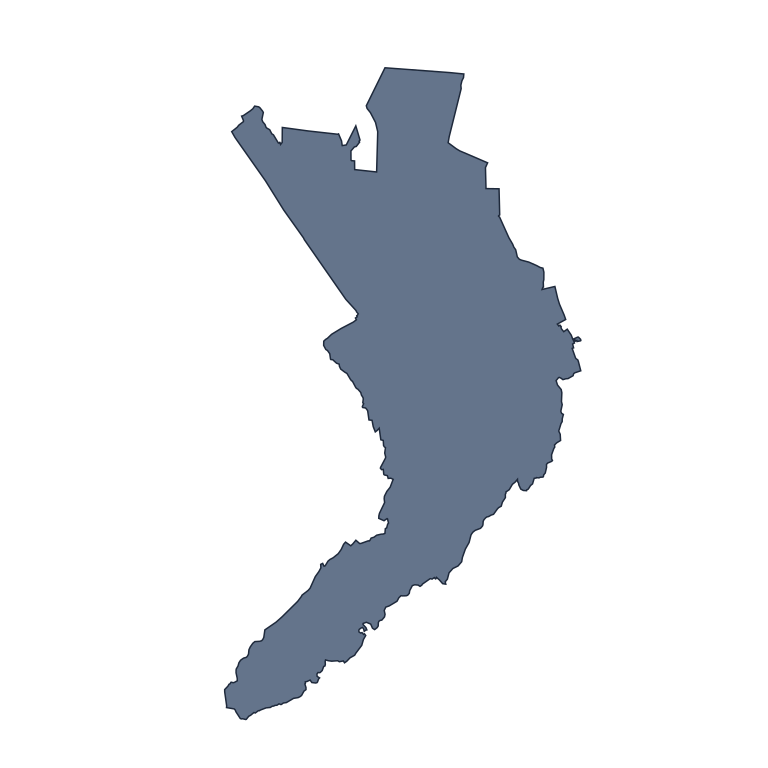 outline of Cotesti, Vrancea, Romania, rotated 262°
{"feature_id": "2599482B92472174610530", "entity_name": "Cotesti", "entity_type": "district", "adm_level": 2, "iso_a3": "ROU", "parent_name": "Romania", "parent_adm1": "Vrancea", "projection": "natural_earth1", "projection_center": [27.048, 45.655], "detail": "fine", "context": "isolated", "style": "filled", "palette": "slate", "viewbox_px": 768, "rotation_deg": 262, "n_neighbors": 0, "source": "geoboundaries", "source_scale": "gbopen_adm2", "svg_char_len": 6118}
<svg xmlns="http://www.w3.org/2000/svg" viewBox="0 0 768 768"><g transform="rotate(262 384 384)"><path d="M683.2,492.6L697.0,429.0L662.0,405.2L659.2,405.6L654.6,408.3L644.2,412.0L634.7,412.9L595.0,406.2L600.4,384.8L609.0,385.9L609.7,382.9L610.4,382.5L619.4,383.7L622.9,387.7L623.1,389.6L626.9,393.5L627.9,393.1L628.9,394.2L643.5,392.0L626.4,380.2L626.0,379.9L625.9,375.8L630.6,375.8L638.0,373.8L637.8,372.8L645.2,343.9L652.2,319.0L637.4,316.8L635.6,314.9L637.7,314.6L637.8,314.3L637.2,313.7L637.4,312.9L646.1,309.2L647.4,307.7L651.7,306.2L653.9,303.4L654.7,302.9L657.5,302.3L660.6,300.4L663.0,299.9L669.7,302.3L671.2,301.7L674.8,299.6L675.9,298.5L677.2,294.6L674.8,292.4L673.1,289.6L669.3,281.9L669.1,280.3L664.4,281.5L663.4,281.3L660.5,276.2L658.7,274.4L655.1,268.3L648.8,270.8L601.7,294.9L570.2,308.9L539.9,324.6L538.0,325.2L473.1,358.0L460.5,366.6L459.4,366.8L457.2,368.2L455.9,367.4L455.4,366.5L454.3,366.8L453.3,364.9L451.5,365.6L449.6,362.3L445.0,349.4L440.5,339.0L437.1,334.3L436.3,332.4L434.8,330.3L430.6,329.6L426.3,331.2L425.0,332.7L421.5,334.5L416.1,334.5L415.6,334.8L415.2,336.6L411.2,339.9L409.9,342.4L407.8,342.3L404.8,343.2L401.1,346.9L399.6,348.8L393.3,351.4L391.7,352.3L391.2,353.1L384.8,355.4L383.5,356.1L382.5,357.4L378.8,359.8L376.2,360.1L373.5,361.3L372.1,361.4L368.4,360.4L367.3,361.1L364.7,359.4L364.2,359.4L363.7,359.6L362.8,362.4L360.9,363.6L359.6,364.1L350.5,364.1L349.7,367.1L343.3,367.4L337.8,368.7L338.9,370.7L340.9,373.1L329.2,373.1L328.2,375.4L323.1,375.0L321.7,375.6L320.8,376.6L315.5,375.1L311.5,375.5L310.5,375.2L301.9,369.0L301.1,368.7L299.5,369.7L299.5,371.4L294.7,371.2L293.9,371.7L292.8,374.6L289.9,375.0L289.8,377.6L288.3,379.8L280.9,375.7L277.3,371.9L272.8,368.8L270.4,368.2L266.5,368.1L256.6,361.5L254.3,360.6L251.7,360.1L248.6,365.0L250.3,368.3L250.0,368.7L245.6,369.1L244.7,368.1L241.1,366.6L240.6,365.2L235.9,364.1L235.5,362.2L235.7,360.4L235.3,355.7L233.7,352.8L233.2,349.8L231.0,348.2L230.6,347.4L230.9,346.6L229.3,338.9L229.4,337.7L233.2,334.4L230.1,331.0L228.4,328.6L232.8,323.9L230.9,321.7L226.1,318.6L222.3,315.0L218.9,309.2L217.8,306.1L216.4,303.9L212.2,300.5L211.9,299.3L214.9,298.3L214.2,296.2L210.7,295.9L207.3,293.4L202.9,289.2L192.1,282.4L190.2,280.2L186.3,273.4L185.2,272.7L180.8,268.3L167.6,250.6L163.2,244.0L157.1,231.8L149.8,229.7L147.9,228.4L146.8,227.1L146.5,225.1L146.9,220.3L145.5,218.0L142.3,215.0L139.7,213.3L135.3,212.2L133.4,210.8L132.5,209.7L132.1,206.8L131.2,205.0L130.4,203.5L128.1,201.5L125.1,200.2L122.3,198.0L121.2,197.7L118.6,197.3L113.1,197.7L110.5,197.4L109.3,194.2L109.2,193.0L109.9,191.5L109.9,190.9L108.6,189.9L108.2,188.7L106.5,187.4L103.6,183.7L101.3,183.4L87.0,183.4L85.5,183.0L83.1,190.4L82.1,191.2L79.9,191.8L72.8,195.1L72.2,196.0L72.2,197.4L71.0,200.4L71.1,201.0L73.8,203.8L74.5,205.8L76.8,209.5L76.1,210.7L78.0,214.2L77.8,215.2L78.3,216.1L79.7,222.2L79.5,226.4L80.5,228.5L80.4,230.1L80.9,231.0L80.8,233.4L81.9,235.5L80.9,237.3L81.0,237.9L82.1,239.9L82.1,243.0L85.3,250.7L85.4,255.4L86.1,257.4L87.0,259.0L91.0,262.0L92.2,264.2L94.3,264.5L98.0,263.9L98.5,264.5L100.0,264.6L100.1,266.3L101.1,269.6L98.4,271.0L97.4,274.8L97.6,276.1L98.2,276.7L100.9,278.1L101.9,279.3L103.8,277.1L106.1,277.2L107.5,278.5L107.1,279.7L107.2,280.7L108.8,282.9L112.7,285.0L113.0,286.3L114.6,286.9L117.4,287.1L118.9,287.7L117.8,290.2L116.8,293.6L116.4,299.6L115.2,301.1L115.4,305.2L113.4,306.1L114.6,308.5L117.6,312.3L119.5,317.2L121.3,318.6L128.3,325.6L133.9,328.1L137.5,330.9L139.3,329.9L138.8,329.0L140.9,327.6L140.6,326.3L142.0,324.7L143.6,324.8L144.5,325.4L145.6,327.5L145.9,328.8L144.4,329.7L141.8,330.0L142.8,331.7L142.9,332.8L145.3,332.2L148.7,329.8L149.8,330.0L150.5,333.4L148.1,337.4L143.8,338.6L142.1,340.5L142.5,341.3L143.7,343.3L145.2,344.6L148.5,345.2L149.7,345.9L150.4,347.2L150.5,349.0L153.3,352.1L155.8,353.0L159.7,352.7L162.8,354.7L163.5,358.2L167.1,366.7L170.3,369.0L172.0,371.4L171.6,372.8L171.2,376.5L171.5,378.0L173.2,379.9L175.8,380.7L180.4,384.0L180.9,386.5L180.1,389.8L178.6,391.5L179.5,393.4L180.5,394.2L184.7,402.4L184.8,402.9L184.1,404.5L185.3,406.9L183.8,407.8L183.9,408.3L185.2,409.0L182.4,411.5L178.1,414.3L177.2,417.3L179.6,417.1L181.9,419.6L187.9,422.1L191.7,426.5L193.5,432.0L197.2,436.2L201.3,437.5L209.2,441.6L215.2,446.2L222.3,449.1L223.7,450.2L225.1,451.7L226.4,454.0L227.6,459.3L228.2,460.2L229.8,461.9L230.9,462.4L234.2,463.1L235.7,464.1L237.3,466.0L238.0,467.2L238.2,469.2L239.3,471.9L239.7,474.3L244.5,478.9L245.6,480.3L246.7,483.1L250.5,484.8L254.6,488.4L257.8,488.8L259.1,489.6L260.1,489.7L261.9,493.3L266.8,497.2L268.5,500.1L271.0,502.9L268.8,502.7L267.3,503.4L265.2,503.5L260.9,504.8L259.2,507.1L258.5,510.3L259.3,510.6L259.7,512.0L260.6,512.9L263.1,515.0L264.4,517.2L269.7,519.6L269.7,521.6L270.1,521.9L269.6,523.7L269.5,524.8L269.9,525.7L269.7,528.5L270.4,529.1L271.8,529.5L273.4,531.3L278.9,533.4L281.7,533.7L282.9,535.0L284.1,539.4L284.9,540.2L286.3,539.6L290.6,540.1L296.5,543.2L297.7,544.3L299.9,544.4L301.7,546.8L303.5,551.0L309.7,551.5L313.1,550.5L320.2,553.8L321.9,555.2L324.8,555.7L328.9,557.4L330.2,555.8L332.4,555.3L338.7,557.6L341.9,557.3L350.6,558.9L353.9,558.7L358.8,555.7L363.4,554.9L365.9,557.6L366.2,558.4L365.2,560.0L363.4,561.8L363.9,564.9L363.7,566.9L365.9,572.4L367.9,573.3L368.5,574.4L369.7,580.7L379.4,579.6L381.0,579.2L382.1,577.9L383.1,577.3L393.1,575.3L393.4,576.8L397.3,576.3L398.1,578.3L401.4,577.6L402.0,579.1L399.8,579.4L400.3,581.0L399.2,581.1L399.4,584.7L399.7,585.0L400.9,584.9L403.4,583.0L403.5,582.4L402.0,577.2L406.4,576.2L412.8,573.1L410.8,569.3L413.7,567.5L415.9,567.1L416.1,567.4L416.7,567.1L417.8,566.4L417.1,565.2L419.2,564.0L422.6,572.9L427.2,572.0L438.5,568.9L444.7,567.9L456.8,566.8L455.6,553.7L457.7,554.8L457.8,555.4L462.7,555.9L465.1,556.8L472.5,557.9L476.6,557.5L477.7,554.8L480.0,551.7L484.6,544.3L487.5,537.4L488.7,535.4L491.3,533.7L498.6,533.1L501.5,531.6L504.5,530.9L511.6,528.0L533.2,521.7L534.1,520.8L534.7,520.9L535.3,522.1L561.3,525.1L563.3,512.2L584.2,514.6L588.6,517.4L604.3,491.5L606.9,488.3L614.0,481.1L619.9,483.0L665.7,501.5L669.2,501.7L673.5,503.4L676.4,505.4L679.9,506.2L683.2,492.6Z" fill="#64748b" stroke="#1e293b" stroke-width="1.5"/></g></svg>